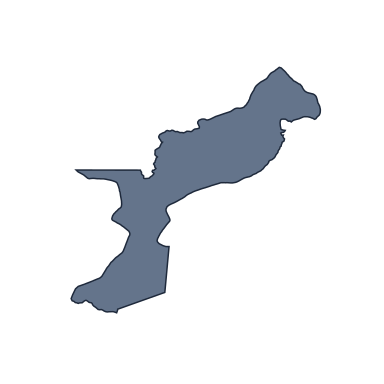 outline of São Sebastião da Boa Vista, Pará, Brazil, rotated 252°
{"feature_id": "56859067B42238092487296", "entity_name": "São Sebastião da Boa Vista", "entity_type": "district", "adm_level": 2, "iso_a3": "BRA", "parent_name": "Brazil", "parent_adm1": "Pará", "projection": "equal_earth", "projection_center": [-49.65, -1.432], "detail": "fine", "context": "isolated", "style": "filled", "palette": "slate", "viewbox_px": 384, "rotation_deg": 252, "n_neighbors": 0, "source": "geoboundaries", "source_scale": "gbopen_adm2", "svg_char_len": 5472}
<svg xmlns="http://www.w3.org/2000/svg" viewBox="0 0 384 384"><g transform="rotate(252 192 192)"><path d="M121.2,49.4L121.3,50.6L121.0,51.9L120.6,53.3L121.2,54.9L121.7,56.1L121.8,57.7L120.6,58.9L119.0,59.9L118.3,60.9L117.7,62.1L116.8,62.6L115.6,62.6L113.9,63.3L112.0,64.8L111.0,65.4L109.3,66.4L108.5,67.9L108.3,69.3L107.4,70.5L106.0,71.6L104.8,73.0L104.1,74.4L103.8,75.9L103.4,77.3L102.6,80.0L101.6,81.5L100.4,83.0L101.8,84.1L102.6,84.7L103.5,85.1L104.9,135.1L107.6,136.3L147.2,153.3L148.2,150.3L149.9,147.9L153.0,144.8L154.2,144.2L155.1,143.8L156.4,143.7L158.4,144.9L159.2,145.8L160.2,146.7L161.1,147.7L162.1,148.7L163.0,149.7L163.7,150.9L164.7,151.9L165.6,153.3L166.4,154.5L168.8,157.8L169.6,159.2L170.2,160.1L170.8,161.2L171.5,162.1L172.9,162.5L175.3,162.3L178.2,161.8L181.0,161.5L182.0,161.5L183.8,162.0L185.8,163.8L186.6,166.0L187.0,168.4L187.3,171.6L187.8,174.8L188.2,176.7L188.7,179.2L188.9,180.6L189.7,183.7L190.2,184.8L190.9,186.9L191.3,189.5L191.4,191.0L191.7,192.3L191.9,194.1L192.0,195.9L192.0,199.0L192.1,200.4L192.1,203.7L192.0,206.0L192.0,210.9L192.1,212.6L192.0,214.6L192.0,216.6L191.9,219.0L191.9,222.4L191.4,223.9L190.9,225.6L190.4,226.8L190.1,228.1L189.5,229.6L188.6,231.8L188.1,233.5L187.7,236.3L187.7,237.8L188.1,240.5L188.4,241.7L189.1,245.4L189.2,247.0L189.0,249.7L188.8,251.4L189.0,253.5L189.6,255.1L189.8,257.3L189.8,258.6L190.4,260.4L190.9,263.9L191.7,265.6L192.1,266.8L193.7,269.0L194.3,270.1L194.9,272.0L195.6,272.9L196.4,274.0L197.4,274.5L198.0,276.1L198.0,277.9L198.9,280.4L199.6,281.6L201.6,283.6L202.5,285.1L203.2,286.0L204.4,286.6L205.2,287.5L206.0,288.7L207.6,289.7L208.1,291.0L209.3,291.5L210.3,292.5L211.4,293.0L212.0,295.2L213.9,296.4L215.3,295.7L216.9,295.6L217.9,296.5L218.3,294.9L219.5,294.7L220.6,294.6L220.8,295.9L220.5,297.4L220.9,298.7L221.8,299.7L222.8,297.6L224.0,296.1L225.2,296.1L226.1,296.3L227.5,296.4L230.5,297.1L232.7,298.2L233.5,299.2L233.4,300.4L233.0,301.7L232.3,303.5L231.1,304.5L230.2,304.9L229.4,305.9L229.1,307.3L227.9,308.0L228.8,310.2L228.9,311.7L228.6,316.5L229.0,320.9L228.9,322.1L227.9,325.1L226.5,327.5L225.5,328.6L224.8,329.7L223.9,330.4L223.2,331.2L223.5,332.7L224.4,333.7L225.9,336.9L227.2,338.0L228.2,338.6L230.0,339.3L231.0,339.6L233.1,339.8L234.1,339.9L236.6,339.6L237.6,339.3L239.5,339.4L241.2,339.6L243.2,339.6L244.6,339.5L246.0,338.9L247.0,338.2L247.8,337.4L250.2,333.5L251.2,332.1L252.8,330.7L254.0,330.1L255.6,329.6L256.9,329.3L258.3,329.2L259.3,328.8L261.1,328.0L261.8,327.0L263.8,325.4L265.5,323.9L266.3,323.0L267.4,322.5L268.4,322.1L269.3,321.6L271.4,320.3L273.7,319.5L274.7,318.9L275.6,318.6L277.4,317.9L279.3,316.9L280.3,316.3L282.4,315.2L283.6,313.5L282.6,310.8L282.2,309.4L281.6,308.2L281.1,305.7L280.8,304.2L280.2,302.9L278.7,300.7L277.6,299.4L276.7,297.9L275.7,293.4L275.5,292.0L275.1,290.7L274.2,288.3L273.7,287.1L273.2,286.0L272.6,285.1L271.6,283.9L270.8,283.1L269.8,282.4L269.0,281.4L268.4,280.6L267.1,279.2L266.2,278.2L263.7,276.2L262.6,275.6L261.8,274.7L260.1,273.1L259.5,272.1L258.2,270.7L257.7,269.4L256.7,267.7L256.5,266.1L256.6,264.6L257.0,262.8L257.5,261.8L257.9,260.4L258.0,259.0L257.8,257.7L257.4,256.3L256.7,253.9L256.6,252.3L256.6,250.9L256.6,245.9L256.5,241.7L256.5,239.8L256.5,237.9L255.8,233.1L255.6,231.5L255.6,229.3L256.1,227.9L257.0,227.1L257.6,226.1L258.0,225.0L258.3,223.6L258.1,220.9L256.9,219.2L255.7,218.7L251.8,219.2L250.6,218.7L250.5,217.4L250.7,215.5L251.0,214.3L250.7,212.6L250.0,211.3L249.7,209.7L250.5,208.2L251.4,205.9L250.9,203.9L250.9,202.0L251.5,201.2L251.9,200.1L252.2,198.9L253.0,198.0L254.1,196.7L254.4,195.1L255.2,194.1L256.2,193.3L257.0,192.0L256.7,190.4L257.0,189.3L258.2,187.4L258.0,186.0L257.4,185.0L257.2,183.6L257.2,182.3L256.6,179.2L255.8,178.2L254.8,177.4L253.8,177.3L252.5,177.6L251.5,178.0L249.1,178.4L248.5,179.3L247.5,177.7L246.7,177.0L245.8,176.1L244.8,175.3L244.3,174.3L244.0,172.8L243.7,171.5L243.1,169.8L240.7,169.0L239.5,168.4L238.4,168.4L237.2,169.1L236.0,169.9L235.3,168.4L233.7,167.4L232.8,166.5L231.7,166.0L231.3,164.9L230.5,164.1L228.4,164.7L227.4,164.3L226.5,164.7L225.4,164.9L225.0,163.7L224.5,162.4L224.8,161.2L223.8,160.4L222.8,160.6L222.0,161.5L221.1,161.4L220.4,160.3L219.8,159.3L219.2,157.0L218.4,155.8L218.6,154.2L219.3,151.4L219.9,150.4L221.0,150.5L222.1,151.0L223.0,150.5L223.9,149.9L224.9,149.6L226.5,150.1L227.6,149.7L228.7,149.7L229.5,147.4L248.7,88.6L246.6,89.7L245.8,90.4L241.8,94.2L237.4,97.0L236.4,98.3L236.1,100.0L235.6,102.1L235.0,103.6L234.2,105.3L233.7,106.6L233.3,107.9L232.8,109.0L232.2,110.8L231.8,112.0L230.9,113.8L229.9,115.5L228.8,117.5L227.5,119.6L225.6,122.1L224.4,123.2L223.4,123.6L220.6,123.8L218.7,123.8L216.6,123.7L215.6,123.4L213.8,123.5L212.8,123.3L210.6,122.9L208.3,122.6L205.3,122.2L203.5,121.7L202.3,121.4L201.4,121.0L199.8,120.2L199.0,118.9L198.6,117.3L198.0,116.1L197.4,115.1L196.7,113.4L196.0,112.3L195.4,111.0L193.8,109.1L191.6,107.6L190.5,107.4L189.6,107.8L186.8,110.5L185.6,111.4L184.9,112.2L184.2,112.9L183.1,113.9L181.1,115.2L180.1,116.1L179.1,116.7L175.7,118.9L174.1,119.9L172.4,120.1L171.4,120.0L170.3,119.5L168.6,117.7L165.8,115.5L164.9,114.8L164.0,114.0L160.3,111.1L156.8,108.1L155.7,106.5L154.8,103.9L153.7,101.3L153.4,100.1L152.9,98.8L152.0,97.2L150.6,94.6L150.1,93.2L148.5,91.2L147.3,89.7L146.7,88.5L145.6,87.0L144.7,86.1L143.7,84.9L143.0,84.1L139.6,80.1L139.0,78.6L138.6,77.4L138.5,75.0L137.9,67.7L137.5,59.7L137.4,54.7L135.9,51.3L131.1,46.7L127.9,44.1L125.6,44.4L124.4,46.0L122.9,46.8L122.2,48.2L121.2,49.4Z" fill="#64748b" stroke="#1e293b" stroke-width="1.5"/></g></svg>